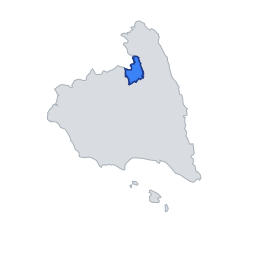 Zamora highlighted on a map of Spain, rotated 64°
{"feature_id": "ESP-5852", "entity_name": "Zamora", "entity_type": "Autonomous Community", "adm_level": 1, "iso_a3": "ESP", "parent_name": "Spain", "parent_adm1": "", "projection": "mercator", "projection_center": [-6.097, 41.685], "detail": "fine", "context": "in_parent", "style": "filled", "palette": "blue", "viewbox_px": 256, "rotation_deg": 64, "n_neighbors": 0, "source": "natural_earth", "source_scale": "10m", "svg_char_len": 5610}
<svg xmlns="http://www.w3.org/2000/svg" viewBox="0 0 256 256"><g transform="rotate(64 128 128)"><path d="M137.0,66.2L137.1,66.8L138.1,68.0L141.4,68.8L142.2,69.3L142.1,71.0L141.3,72.4L142.0,73.1L142.8,73.0L143.7,71.9L143.9,72.6L145.4,73.3L148.7,74.7L151.0,74.9L153.4,77.5L157.3,77.0L160.8,79.5L164.1,78.9L164.8,79.4L169.9,79.5L170.2,77.4L170.8,76.6L179.7,79.5L180.7,81.2L180.6,82.1L181.0,84.1L182.2,84.0L184.5,82.9L187.5,84.3L188.3,85.6L188.9,85.7L191.2,84.4L197.3,85.9L197.6,84.9L198.0,84.7L200.6,83.8L201.7,83.6L204.9,84.2L205.3,85.4L206.0,85.8L206.2,86.8L204.3,87.4L204.1,89.2L205.3,90.6L205.4,93.2L202.1,96.4L192.7,101.8L189.6,105.1L182.6,106.7L175.4,109.1L171.1,113.4L172.2,113.8L173.5,115.2L173.0,115.9L171.1,116.9L169.5,117.2L166.3,122.4L162.0,127.8L160.4,130.3L156.9,136.6L156.9,138.4L158.6,144.6L159.6,146.2L160.9,147.6L163.5,148.7L164.1,149.9L163.2,150.9L160.7,152.9L156.2,155.5L154.3,157.5L153.9,159.5L152.6,160.4L152.1,163.1L150.3,166.9L150.2,167.9L151.6,169.3L150.2,170.2L143.4,170.5L139.1,173.5L137.0,176.1L135.1,181.0L132.7,183.9L131.7,184.4L130.1,183.1L128.1,183.0L126.2,183.4L125.1,184.4L123.6,184.9L122.0,184.4L118.7,184.2L117.2,184.2L114.8,185.0L112.8,184.5L109.5,184.2L102.1,184.9L101.2,185.2L98.0,188.4L94.4,188.5L91.2,189.8L89.1,193.0L88.7,194.7L88.0,194.3L87.5,194.4L87.3,195.7L85.1,196.5L82.6,195.5L80.5,193.9L79.4,193.8L77.7,191.4L76.9,189.8L76.4,188.1L76.3,186.9L74.8,186.2L74.4,184.7L75.5,182.7L77.0,181.6L75.6,181.6L74.6,182.9L73.3,180.9L68.0,176.8L68.3,175.3L67.4,176.4L66.8,176.7L64.1,176.5L60.9,177.0L59.6,170.1L60.4,167.7L63.9,162.9L66.1,162.2L67.0,159.8L65.0,159.9L61.8,155.1L62.6,150.6L65.8,147.3L66.3,145.9L66.5,144.7L65.8,143.8L64.1,143.3L62.3,139.7L61.9,137.5L60.4,136.3L59.2,134.1L60.3,133.7L64.8,133.7L65.9,133.1L66.8,131.6L67.6,129.2L67.8,127.7L66.0,125.6L66.0,125.1L66.2,124.4L69.0,122.0L68.4,120.2L68.9,116.4L68.7,114.2L68.4,112.4L67.4,110.1L68.0,109.1L69.5,108.3L70.6,106.4L72.3,104.8L74.5,103.5L77.1,100.6L76.7,99.4L75.8,98.6L72.6,98.1L72.4,97.5L72.4,94.4L71.6,93.2L70.4,93.3L68.7,92.8L68.2,93.1L66.0,93.0L64.4,92.5L63.8,93.0L63.6,94.0L61.0,95.2L59.5,95.1L57.0,94.2L54.3,94.5L53.9,94.3L51.6,95.5L50.8,95.6L49.8,94.0L51.1,91.8L50.0,89.7L49.3,89.6L44.9,91.2L42.3,93.2L41.3,93.5L40.9,93.1L40.8,90.2L43.5,87.1L41.8,86.9L41.9,86.0L43.0,84.6L41.8,83.5L41.9,80.4L39.5,81.4L38.8,81.2L38.8,80.0L40.3,77.5L38.7,77.2L37.6,76.2L36.1,74.2L36.1,73.1L36.9,70.5L39.0,69.3L41.0,67.5L43.8,67.9L48.0,66.4L49.5,65.6L49.4,64.5L48.9,63.7L49.4,62.9L52.8,60.8L54.9,60.6L57.0,59.5L58.4,60.2L59.6,59.9L61.0,60.8L62.9,62.7L65.6,63.4L67.8,62.8L78.9,62.7L82.1,61.7L84.5,62.9L89.3,63.4L92.1,64.4L100.0,66.0L102.9,66.0L108.6,64.4L110.2,64.8L112.5,64.1L113.6,64.2L115.0,65.3L120.1,66.8L121.4,65.6L122.4,65.3L126.0,66.1L129.7,67.6L131.6,67.8L134.4,67.3L137.0,66.2ZM204.0,131.8L205.3,132.4L206.7,131.9L207.4,132.0L208.1,132.3L208.3,133.4L205.4,138.9L203.0,140.4L200.7,139.2L199.3,138.9L198.9,138.5L198.6,136.7L198.0,136.2L197.1,135.9L195.3,137.3L194.7,136.4L193.8,136.2L193.5,135.6L193.5,134.9L199.1,130.7L200.8,129.7L204.2,128.6L204.7,128.8L204.3,129.4L204.8,130.0L204.0,131.8ZM219.9,129.5L219.4,131.1L215.2,129.0L213.8,128.8L213.5,128.5L213.6,127.0L216.4,126.8L218.7,127.5L219.9,129.5ZM181.0,147.1L180.5,148.2L178.4,147.8L178.0,147.3L178.4,146.1L179.0,146.0L179.0,145.1L179.7,144.3L182.6,143.5L183.3,144.1L183.4,145.0L181.6,146.8L181.0,147.1ZM183.0,151.4L182.7,151.6L180.4,151.4L180.4,150.7L180.9,149.7L181.7,150.7L183.0,150.9L183.0,151.4Z" fill="#d9dde1" stroke="#a8b0b8" stroke-width="1"/><path d="M73.4,104.8L73.7,104.6L74.1,104.1L74.6,103.4L74.8,103.5L74.8,103.4L74.9,103.2L75.0,102.9L75.6,102.8L75.6,102.7L76.2,101.8L76.2,101.7L76.2,101.3L76.5,100.9L77.2,100.0L77.1,99.8L76.9,99.5L76.3,98.9L75.7,98.5L75.0,98.3L73.9,98.0L73.7,98.0L73.4,98.3L73.2,98.5L72.6,98.3L72.5,98.1L72.4,97.7L72.4,97.4L72.3,97.2L72.2,97.0L72.2,96.9L72.2,96.7L72.3,96.6L72.4,96.4L72.7,94.9L72.9,94.6L72.5,94.4L72.3,94.4L72.2,94.3L72.3,93.5L72.2,93.2L71.7,92.8L71.5,93.2L71.1,93.4L70.1,93.4L69.7,93.3L69.2,92.5L68.8,92.4L68.7,93.0L68.4,93.2L67.5,93.2L67.2,93.2L66.8,92.9L66.6,92.8L66.7,92.6L66.6,92.4L66.7,92.2L66.9,91.6L66.7,91.3L66.6,91.2L66.4,91.2L66.2,91.1L66.0,90.9L66.3,90.6L66.6,90.1L66.8,89.9L67.0,89.7L67.2,89.2L67.3,89.0L67.8,88.5L68.0,88.3L68.2,88.2L68.5,88.1L69.0,88.2L69.1,87.9L69.4,87.5L70.4,88.2L70.6,88.2L71.1,88.2L71.3,88.2L71.6,88.4L72.4,88.3L72.9,88.5L73.3,88.8L74.2,88.4L75.4,88.5L75.6,88.3L75.8,88.3L76.0,88.7L76.2,88.9L76.7,89.1L77.1,89.4L79.4,89.3L80.6,89.8L80.8,89.7L81.1,89.6L81.2,89.4L81.3,89.4L81.6,89.5L81.8,89.9L82.2,90.0L83.3,89.6L83.5,90.1L84.4,89.9L84.3,89.6L84.7,89.7L84.8,89.8L85.1,90.1L85.1,90.3L85.1,90.6L86.0,91.0L86.2,90.3L86.5,90.4L86.7,91.1L87.2,92.0L87.0,92.4L87.6,92.7L87.8,91.6L88.4,91.4L89.7,92.5L89.4,93.0L89.5,93.6L89.5,93.8L89.4,94.1L89.4,94.5L89.5,94.9L89.8,95.5L88.2,96.5L88.5,97.2L89.0,97.8L89.1,98.1L89.2,98.9L89.3,99.2L89.7,99.3L89.8,99.5L89.7,99.6L89.6,99.8L89.6,100.1L90.4,100.7L90.1,101.1L89.4,101.3L89.2,101.4L89.1,101.6L89.0,101.8L88.9,102.1L88.9,102.4L89.0,102.6L89.2,102.8L89.1,103.8L89.1,104.1L89.2,104.3L89.5,104.7L89.5,105.0L89.6,105.7L89.5,106.0L89.4,106.3L88.9,106.8L89.1,107.0L89.6,107.0L89.6,107.9L89.5,108.0L89.4,108.1L89.2,108.2L88.7,107.7L88.2,107.6L88.0,106.9L86.8,107.1L86.1,106.5L85.3,106.5L85.0,106.4L84.6,105.9L84.4,105.8L83.9,106.1L82.5,106.3L81.5,106.0L81.2,106.1L81.1,106.3L81.1,106.6L81.1,107.0L81.1,107.3L81.1,107.5L80.9,107.7L80.7,107.7L80.5,107.4L80.4,107.3L80.1,107.5L79.9,107.5L79.6,107.3L79.6,107.2L79.7,106.8L79.6,106.7L79.2,106.5L78.5,106.4L78.2,106.7L75.6,105.2L73.4,104.8Z" fill="#3b82f6" stroke="#1e3a8a" stroke-width="1.5"/></g></svg>